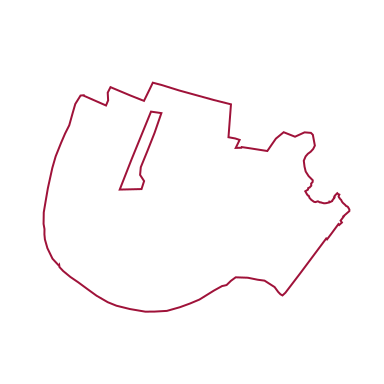 Tatakamotonga, Tongatapu, Tonga, rotated 81°
{"feature_id": "48082658B12474943410263", "entity_name": "Tatakamotonga", "entity_type": "district", "adm_level": 2, "iso_a3": "TON", "parent_name": "Tonga", "parent_adm1": "Tongatapu", "projection": "albers", "projection_center": [-175.133, -21.226], "detail": "fine", "context": "isolated", "style": "outline", "palette": "rose", "viewbox_px": 384, "rotation_deg": 81, "n_neighbors": 0, "source": "geoboundaries", "source_scale": "gbopen_adm2", "svg_char_len": 2027}
<svg xmlns="http://www.w3.org/2000/svg" viewBox="0 0 384 384"><g transform="rotate(81 192 192)"><path d="M79.5,284.0L79.3,287.0L86.8,293.5L95.3,297.5L106.9,302.8L114.4,308.2L123.1,313.7L135.5,321.1L146.4,326.2L165.8,333.8L177.3,337.7L188.9,341.6L200.3,343.6L205.5,343.5L210.8,344.4L215.8,344.7L224.9,343.6L236.1,340.2L244.0,334.9L243.6,334.6L245.5,334.6L249.9,331.6L256.9,325.4L263.4,318.5L271.2,310.8L279.5,302.5L287.7,292.4L292.5,284.4L297.9,271.6L302.9,256.8L304.3,247.3L305.5,235.4L303.9,222.0L301.8,211.3L299.4,201.5L292.8,185.8L289.6,177.0L289.5,174.8L289.3,172.4L285.8,167.4L283.1,162.2L285.4,150.3L288.9,140.9L290.9,134.2L298.8,125.3L304.2,122.5L306.9,120.6L308.3,118.8L306.1,115.5L289.5,98.1L258.9,66.7L259.9,66.0L255.1,61.0L246.6,52.4L247.6,51.8L245.6,48.7L243.5,49.7L239.9,45.9L239.6,46.2L235.5,39.6L234.0,39.3L232.8,39.7L231.8,40.1L231.1,40.4L230.5,41.0L230.0,41.9L228.6,42.8L226.4,44.6L225.0,45.4L223.2,45.9L221.6,47.1L220.8,47.3L220.3,47.7L219.2,47.9L217.6,46.9L216.9,48.0L215.9,48.7L218.1,51.7L219.2,51.8L219.4,52.6L220.5,52.6L220.8,53.3L221.6,53.9L222.3,54.8L222.9,55.0L223.7,57.7L223.2,58.0L223.8,58.4L224.0,61.5L223.8,63.4L222.8,65.7L222.3,66.4L222.4,67.1L220.9,69.1L221.1,70.6L221.3,71.5L220.9,72.8L220.5,73.3L218.4,75.4L216.1,76.9L214.6,77.1L213.9,77.4L213.6,78.1L212.3,78.7L212.3,78.8L209.0,80.0L207.8,77.1L206.3,76.6L206.0,75.2L204.4,73.2L202.3,73.0L201.0,71.3L199.3,70.9L194.6,74.3L189.6,76.5L184.6,76.9L178.6,76.7L174.6,74.2L172.4,71.6L170.8,68.5L168.5,65.6L165.4,63.4L154.4,63.7L152.2,65.3L150.7,71.5L153.0,79.8L153.5,81.6L147.3,92.1L152.4,100.8L157.6,105.8L163.3,111.2L157.9,127.9L155.4,135.9L156.0,136.3L155.3,141.9L148.0,136.8L145.9,140.9L143.6,147.4L111.5,139.8L104.5,156.2L89.7,188.8L81.5,205.4L77.9,213.6L83.7,217.6L94.5,225.2L87.2,237.5L75.7,256.1L80.7,259.7L88.4,260.5L93.1,263.4L79.8,284.1L79.5,284.0ZM106.2,219.9L109.3,209.9L127.7,219.7L144.8,229.8L159.5,238.7L167.0,240.6L173.7,237.6L181.2,241.4L178.3,263.0L150.5,246.7L106.2,219.9Z" fill="none" stroke="#9f1239" stroke-width="2"/></g></svg>